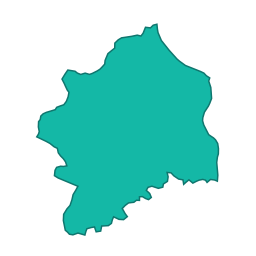 Porecatu, Paraná, Brazil (orthographic projection), rotated 77°
{"feature_id": "56859067B39317815374127", "entity_name": "Porecatu", "entity_type": "district", "adm_level": 2, "iso_a3": "BRA", "parent_name": "Brazil", "parent_adm1": "Paraná", "projection": "orthographic", "projection_center": [-51.4, -22.744], "detail": "fine", "context": "isolated", "style": "filled", "palette": "teal", "viewbox_px": 256, "rotation_deg": 77, "n_neighbors": 0, "source": "geoboundaries", "source_scale": "gbopen_adm2", "svg_char_len": 1991}
<svg xmlns="http://www.w3.org/2000/svg" viewBox="0 0 256 256"><g transform="rotate(77 128 128)"><path d="M33.4,76.5L33.5,80.3L35.5,83.6L33.8,88.3L39.1,92.0L41.3,94.7L39.6,98.1L39.5,103.9L38.7,114.0L39.9,117.7L42.3,121.7L47.2,123.0L49.1,127.0L51.0,130.8L54.6,133.4L57.0,135.1L60.5,136.3L62.8,139.6L64.4,142.1L65.5,145.2L66.8,150.6L67.1,153.5L64.9,157.4L65.2,162.0L63.1,165.0L60.8,166.8L58.0,173.6L61.3,177.2L65.5,181.3L70.3,180.1L72.9,179.6L77.5,178.6L79.9,177.5L84.1,179.3L88.2,182.1L90.9,185.3L91.3,189.1L91.8,192.8L93.8,194.8L94.4,204.1L95.1,207.5L96.8,210.3L100.0,211.6L101.7,213.7L106.8,215.1L111.6,215.3L113.9,216.7L116.1,218.9L122.4,211.0L125.4,207.6L129.7,204.2L131.9,201.4L136.5,201.5L140.0,200.0L143.4,197.9L146.9,196.5L151.1,196.1L151.0,199.4L150.1,202.2L150.3,206.4L152.8,208.6L157.9,210.4L161.0,207.3L173.5,189.9L176.8,192.8L180.6,196.5L185.4,198.8L190.4,201.9L193.0,205.6L197.6,210.1L203.6,211.8L213.5,212.1L215.9,210.3L218.3,209.0L219.7,205.7L219.1,200.4L222.6,194.1L219.3,192.3L216.9,190.7L216.7,186.4L216.9,182.9L222.0,182.4L222.3,177.8L217.6,175.7L218.7,169.1L217.2,165.6L213.7,163.8L211.3,162.0L215.0,157.3L216.3,152.9L214.2,148.6L210.7,150.1L205.1,151.7L202.8,148.1L201.1,144.3L201.7,139.0L200.3,136.0L201.1,133.1L197.6,132.3L198.1,129.4L200.7,126.7L202.4,124.1L200.9,120.9L196.7,121.6L192.9,124.2L190.3,121.8L190.1,117.8L193.6,112.0L193.5,107.4L190.5,106.1L188.9,101.6L184.6,99.9L180.1,99.9L181.4,96.1L184.9,94.1L189.1,90.2L190.9,86.1L195.4,86.4L193.9,83.7L192.2,80.3L196.3,77.2L195.4,73.7L194.8,70.5L194.9,66.7L196.3,64.2L198.8,63.2L196.7,59.2L198.1,55.4L199.9,52.9L194.2,51.1L189.4,50.4L181.5,49.3L176.4,47.4L173.6,45.8L168.5,44.5L163.3,44.1L159.2,45.4L156.9,46.9L154.6,49.1L152.6,50.9L142.1,53.5L137.7,53.7L134.8,52.8L129.8,50.0L124.7,44.7L122.3,42.8L118.0,39.9L107.1,38.2L100.4,38.8L97.6,37.1L94.7,39.9L91.6,41.7L89.2,44.7L80.0,58.0L74.6,62.7L71.9,64.7L61.6,70.4L50.3,75.8L41.8,77.3L38.3,77.1L33.4,76.5Z" fill="#14b8a6" stroke="#0f766e" stroke-width="1.5"/></g></svg>